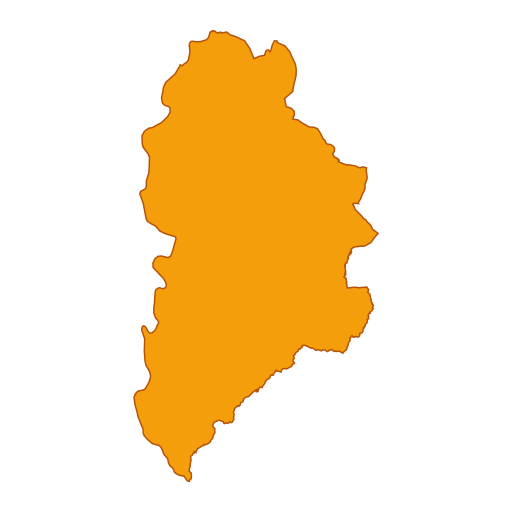 outline of Binduri, Upper East, Ghana
{"feature_id": "2480657B66646573774103", "entity_name": "Binduri", "entity_type": "district", "adm_level": 2, "iso_a3": "GHA", "parent_name": "Ghana", "parent_adm1": "Upper East", "projection": "natural_earth1", "projection_center": [-0.323, 10.946], "detail": "fine", "context": "isolated", "style": "filled", "palette": "amber", "viewbox_px": 512, "rotation_deg": 0, "n_neighbors": 0, "source": "geoboundaries", "source_scale": "gbopen_adm2", "svg_char_len": 6072}
<svg xmlns="http://www.w3.org/2000/svg" viewBox="0 0 512 512"><path d="M373.3,308.8L372.5,307.7L373.2,306.2L373.4,305.2L372.0,303.9L372.4,303.1L371.7,302.5L371.0,300.9L371.1,299.5L370.2,296.8L369.9,294.2L367.7,292.3L368.7,290.0L366.8,287.0L358.3,287.8L357.8,287.5L354.2,287.2L347.5,288.0L346.8,285.6L346.8,283.9L346.2,283.2L346.8,281.7L346.3,280.7L346.1,278.6L345.9,278.1L345.1,278.0L345.1,277.5L343.9,277.1L343.9,276.6L344.8,275.9L344.9,275.3L345.6,275.1L345.4,274.7L344.9,274.9L344.9,274.0L345.5,274.3L345.7,274.0L345.6,272.7L345.1,272.2L345.8,271.4L344.9,268.2L345.2,267.4L344.8,266.8L345.2,266.6L345.0,266.0L345.3,265.7L344.8,264.8L345.4,264.4L345.6,263.2L346.8,263.0L346.7,262.5L347.3,261.8L347.2,260.4L348.6,258.4L348.4,257.9L347.7,257.6L347.8,256.8L348.5,256.4L348.7,254.8L349.2,255.0L350.0,254.6L349.8,253.7L351.1,253.3L351.1,253.0L350.5,252.7L350.6,252.2L350.1,252.2L350.4,251.8L351.5,251.7L350.9,249.3L352.4,248.4L352.6,247.8L355.4,246.7L358.2,246.6L360.3,246.0L363.4,246.3L365.0,245.8L370.9,242.6L374.0,238.2L378.0,233.4L372.5,229.1L371.4,226.6L369.9,224.3L367.4,222.2L365.7,219.7L363.0,218.2L362.0,216.3L355.2,209.5L353.7,205.6L352.6,204.3L353.7,203.2L358.6,203.6L358.3,202.6L360.5,199.1L362.8,193.1L363.7,191.9L365.1,188.0L364.9,184.5L366.9,179.2L367.2,177.7L366.2,170.2L366.5,167.8L362.7,166.9L360.4,167.7L358.4,167.6L356.3,166.2L350.8,165.1L345.8,164.7L338.3,161.8L339.2,160.6L338.7,159.4L338.2,159.9L337.4,158.6L336.3,158.4L336.0,157.5L334.3,157.1L332.7,153.8L334.3,151.5L334.6,148.1L333.4,146.4L332.0,145.4L330.1,144.4L327.2,144.1L325.9,142.9L325.3,141.0L324.7,140.0L323.5,139.3L320.2,132.9L317.5,128.6L313.1,127.1L309.2,127.0L301.7,122.7L297.9,119.9L292.8,119.1L293.4,117.0L294.3,115.3L294.3,111.6L292.1,109.1L290.6,108.0L286.3,106.7L284.6,98.6L292.8,91.4L293.2,87.8L296.1,75.2L296.2,69.1L295.3,64.0L289.5,51.4L285.1,46.0L277.6,42.7L276.9,40.9L274.3,40.9L272.1,45.5L271.3,48.9L270.0,51.9L268.3,49.9L267.3,50.0L265.8,51.1L264.5,55.3L259.3,56.3L254.0,58.7L249.7,48.4L244.6,40.8L236.0,36.8L232.3,35.4L230.4,35.0L226.6,32.0L221.6,33.1L221.1,32.2L220.2,32.5L219.5,32.2L218.2,33.0L216.1,32.4L215.6,31.7L214.0,30.7L213.0,31.3L212.4,30.7L210.8,32.1L210.2,31.9L209.0,36.1L208.1,38.0L206.4,39.8L200.2,41.7L196.2,41.8L192.4,41.2L190.8,41.5L189.6,43.3L189.2,45.7L189.9,50.0L189.6,53.9L188.2,60.5L186.9,62.1L184.0,64.0L182.2,65.7L180.2,64.8L179.7,66.2L175.1,73.9L165.7,82.4L163.3,87.9L163.2,89.7L161.5,97.8L162.3,102.6L162.7,103.5L164.7,105.2L169.1,106.8L170.1,108.3L170.1,112.3L167.6,116.7L161.6,122.5L151.9,127.8L149.2,128.0L145.1,130.7L143.6,132.4L143.1,134.2L142.3,134.8L142.0,137.1L142.3,144.1L142.8,146.2L143.7,148.0L147.7,153.2L149.5,157.0L149.1,170.3L148.7,173.3L146.4,180.6L146.3,186.5L145.7,188.4L145.0,189.0L140.6,191.4L139.8,193.8L143.2,203.2L146.1,218.4L147.3,221.2L151.4,223.9L155.3,225.8L159.9,231.1L165.9,233.9L174.3,236.4L175.5,237.2L175.9,238.0L175.8,239.5L172.1,252.7L170.6,256.1L168.0,257.6L161.4,256.0L158.0,256.3L154.9,258.8L152.9,263.1L153.1,267.5L163.3,278.3L165.5,282.0L166.4,285.2L166.2,286.3L165.0,288.0L164.0,288.5L162.0,288.6L159.8,287.8L158.6,287.9L156.0,289.5L155.2,291.7L154.4,303.5L153.8,307.1L153.8,312.7L155.5,317.9L157.9,320.6L158.6,322.1L158.4,323.5L157.2,325.3L156.2,328.2L154.5,330.8L151.9,332.9L149.8,333.1L148.3,331.9L145.9,327.3L144.5,326.1L143.2,325.9L142.5,326.5L141.8,328.8L141.9,330.9L144.7,338.7L144.3,351.1L145.1,361.7L146.2,365.6L149.6,371.7L150.5,375.3L150.4,377.4L149.1,382.0L145.8,387.9L144.5,389.5L141.5,390.4L138.9,390.8L137.4,391.5L135.2,394.2L134.0,397.5L135.1,404.9L137.6,414.2L137.7,415.7L141.9,426.5L142.7,427.7L143.1,429.4L143.2,433.1L144.2,435.7L147.4,439.4L152.3,443.6L159.2,445.6L160.8,447.1L162.6,450.5L163.8,454.2L167.2,458.1L167.8,459.2L168.5,463.1L170.0,465.8L172.2,467.6L173.6,469.6L174.2,471.7L175.2,473.0L178.8,475.1L184.1,476.2L186.8,480.2L187.9,481.2L189.4,481.3L189.9,479.5L191.2,478.8L191.5,475.4L191.0,472.7L189.3,471.4L189.4,468.5L190.3,466.1L190.1,464.4L191.1,459.9L190.6,457.2L191.1,455.8L192.5,455.0L192.8,453.7L194.3,453.0L194.0,451.9L194.3,451.5L196.0,452.4L196.1,450.9L197.2,450.0L197.5,448.7L200.2,447.3L201.3,446.2L202.8,445.6L203.8,445.6L204.0,444.5L205.8,444.6L207.7,443.8L210.1,442.2L210.7,440.4L212.6,438.4L213.2,435.6L214.9,432.7L214.7,430.2L214.9,428.6L212.9,426.8L212.8,425.5L213.2,423.7L214.9,421.9L219.1,420.2L223.1,421.6L223.8,423.2L224.6,423.6L226.0,422.9L227.9,423.4L228.8,422.9L229.4,421.8L230.8,422.6L232.1,422.3L233.9,419.0L233.6,417.2L234.1,414.0L233.6,412.9L233.6,411.5L234.5,410.1L234.4,408.8L237.0,406.1L237.8,406.5L238.5,405.6L239.2,406.0L240.3,404.8L240.6,402.8L242.8,401.8L243.8,398.8L245.8,397.2L248.9,396.5L250.7,394.1L251.5,393.9L252.5,392.3L253.3,392.1L253.6,391.5L256.4,389.6L256.6,390.3L255.9,391.0L256.0,391.6L256.9,391.8L257.8,391.6L258.2,390.7L257.3,389.9L257.7,389.4L258.5,389.5L259.8,387.2L262.3,387.5L262.2,386.7L264.3,384.1L266.5,380.0L269.8,378.0L270.6,375.1L273.4,375.1L273.4,373.9L274.7,372.7L275.8,370.4L276.5,370.3L276.9,371.1L281.3,371.9L281.4,370.5L281.8,369.6L283.2,368.6L286.8,368.8L291.2,366.5L291.7,366.1L292.4,364.4L293.1,363.9L294.3,363.7L294.5,362.8L293.4,361.8L292.8,360.3L294.3,358.1L293.6,356.5L293.6,355.5L295.0,354.7L295.0,353.9L296.4,352.2L298.3,350.7L298.5,349.2L299.2,348.6L300.1,349.1L300.7,348.1L302.4,347.0L302.2,345.5L304.6,345.3L306.2,345.7L311.0,348.2L312.1,348.0L314.5,348.9L315.2,350.0L316.4,350.4L318.1,349.6L321.4,350.9L322.5,349.9L325.0,350.0L327.3,351.6L328.2,351.2L329.1,350.3L332.0,349.6L334.2,351.5L335.3,351.1L336.4,351.5L339.1,351.1L342.8,353.2L344.0,351.6L346.2,350.0L346.9,348.6L347.0,347.2L347.9,346.0L348.6,342.5L350.1,340.5L349.8,338.4L350.5,338.1L351.4,335.9L352.2,335.9L352.8,336.9L353.8,337.3L354.7,336.5L355.1,336.9L356.6,336.7L357.6,337.1L359.1,336.5L360.0,334.5L359.6,333.8L359.8,333.4L362.1,332.7L362.7,331.9L363.4,328.1L363.7,328.3L364.1,328.0L364.2,326.9L365.1,326.4L365.3,324.3L367.0,322.9L367.4,320.3L367.1,319.4L368.5,318.8L368.6,316.3L368.0,315.7L368.0,315.2L368.6,314.9L368.9,313.4L370.1,313.3L370.1,311.9L371.0,311.7L373.3,308.8Z" fill="#f59e0b" stroke="#b45309" stroke-width="1.5"/></svg>